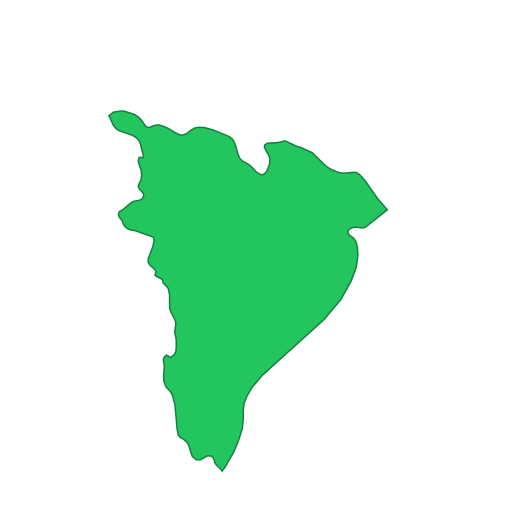 map outline of Kon Tum (Natural Earth projection), rotated 338°
{"feature_id": "VNM-486", "entity_name": "Kon Tum", "entity_type": "Province", "adm_level": 1, "iso_a3": "VNM", "parent_name": "Vietnam", "parent_adm1": "", "projection": "natural_earth1", "projection_center": [107.772, 14.666], "detail": "fine", "context": "isolated", "style": "filled", "palette": "green", "viewbox_px": 512, "rotation_deg": 338, "n_neighbors": 0, "source": "natural_earth", "source_scale": "10m", "svg_char_len": 2469}
<svg xmlns="http://www.w3.org/2000/svg" viewBox="0 0 512 512"><g transform="rotate(338 256 256)"><path d="M139.2,318.0L143.4,316.8L146.1,314.3L148.0,310.4L150.6,303.9L151.4,300.5L151.6,298.7L152.5,295.3L155.6,290.2L156.7,287.4L156.9,283.4L156.1,275.9L156.4,272.0L161.4,259.3L162.5,253.0L159.9,246.3L160.3,242.8L158.7,240.4L156.5,238.4L155.2,235.9L157.6,232.7L156.5,229.1L154.4,225.2L153.6,221.3L155.3,217.9L164.3,208.1L167.4,203.2L168.0,200.6L166.2,198.5L153.3,187.1L150.0,185.2L147.5,183.0L145.7,180.2L144.9,176.9L145.2,173.2L143.8,169.2L144.0,165.8L146.0,163.6L150.0,163.2L156.1,161.1L159.7,159.9L163.1,159.5L169.0,160.7L172.3,160.3L174.7,157.6L174.9,154.9L172.9,150.3L172.8,147.9L173.8,146.0L176.8,143.3L178.2,141.9L180.4,138.1L181.6,133.4L182.1,125.2L182.9,122.8L184.9,120.7L186.1,121.3L187.2,122.5L188.6,122.1L189.2,120.5L190.8,108.6L190.7,104.8L189.3,101.3L186.2,97.4L176.7,89.2L174.2,86.0L172.7,81.5L172.3,71.8L172.0,71.0L177.6,69.2L183.9,70.6L187.7,72.0L196.1,79.0L198.8,82.7L200.5,86.4L201.3,89.9L201.9,93.3L203.0,95.7L204.7,96.8L211.4,97.0L214.8,97.9L219.2,101.4L222.4,104.8L227.9,112.1L230.6,115.0L233.1,116.4L237.0,116.6L243.9,114.8L247.5,114.4L251.6,115.4L256.7,117.9L263.9,123.4L276.0,135.4L277.7,138.3L278.5,141.7L278.5,145.8L277.4,154.6L277.5,159.1L278.7,162.5L283.4,168.2L285.2,171.5L287.9,178.5L290.0,181.4L292.3,183.1L295.3,182.8L298.6,180.7L303.3,175.4L305.2,171.4L305.6,167.6L304.7,161.5L304.5,158.0L306.1,156.1L308.9,155.7L319.4,159.2L326.1,160.1L334.4,169.1L337.8,171.8L346.7,181.1L354.5,198.8L357.3,202.9L362.2,208.0L366.1,211.0L370.1,212.7L377.1,214.7L380.1,215.9L382.6,219.6L385.2,226.4L390.3,248.5L395.1,262.4L368.4,270.2L366.1,270.2L364.4,269.4L359.6,266.8L356.9,266.0L353.9,265.9L351.9,266.4L350.4,267.5L350.1,269.8L350.5,271.7L353.0,275.8L353.7,277.9L354.0,281.1L353.2,286.3L350.7,293.6L344.6,304.2L334.7,315.0L318.5,328.1L295.5,340.3L217.1,369.0L202.7,376.6L194.3,383.3L189.5,388.5L186.2,394.8L183.4,401.9L178.8,410.6L170.9,420.3L162.4,429.0L148.5,440.0L143.9,442.8L143.8,441.5L140.7,434.2L140.5,431.9L140.8,429.5L140.7,427.0L139.3,424.6L136.0,423.1L128.0,424.1L124.3,422.5L121.9,418.0L122.0,412.9L122.7,407.6L122.2,402.7L119.9,398.4L117.8,396.0L116.9,393.1L118.0,387.0L125.2,363.3L126.3,354.4L126.3,352.1L125.7,349.5L123.9,344.7L123.4,342.4L123.8,337.3L125.3,332.7L129.7,323.9L130.3,321.6L130.7,319.3L131.3,317.3L133.0,315.4L135.8,314.5L137.1,315.5L137.8,317.2L139.2,318.0Z" fill="#22c55e" stroke="#15803d" stroke-width="1.5"/></g></svg>